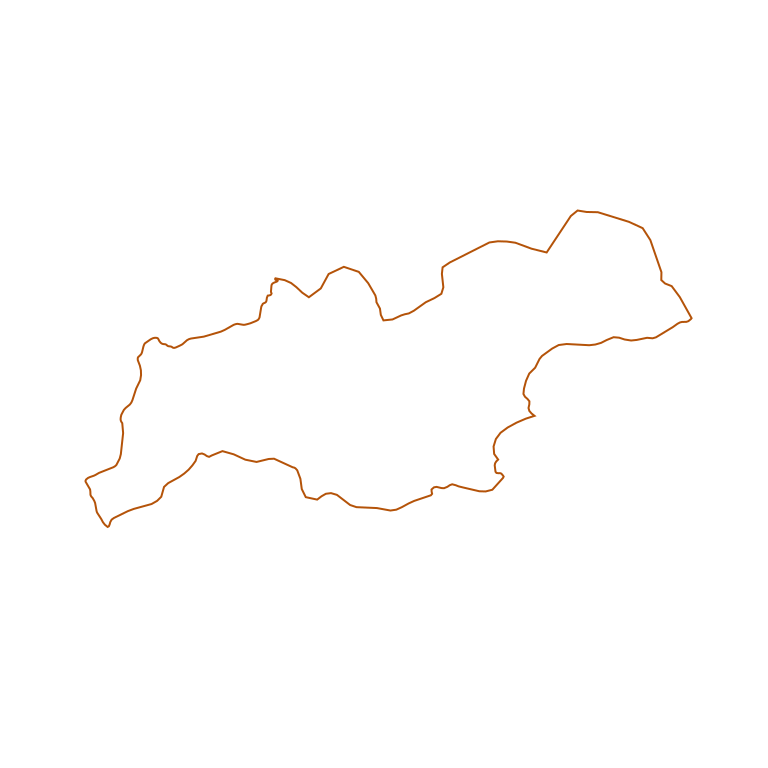 the border of Cuvette-Ouest, rotated 254°
{"feature_id": "COG-2185", "entity_name": "Cuvette-Ouest", "entity_type": "Region", "adm_level": 1, "iso_a3": "COG", "parent_name": "Republic of the Congo", "parent_adm1": "", "projection": "equal_earth", "projection_center": [14.65, 0.103], "detail": "fine", "context": "isolated", "style": "outline", "palette": "amber", "viewbox_px": 768, "rotation_deg": 254, "n_neighbors": 0, "source": "natural_earth", "source_scale": "10m", "svg_char_len": 3774}
<svg xmlns="http://www.w3.org/2000/svg" viewBox="0 0 768 768"><g transform="rotate(254 384 384)"><path d="M315.9,277.5L325.0,276.8L327.4,275.6L328.4,274.6L329.1,273.3L342.5,257.7L343.7,252.5L344.2,240.0L349.5,229.8L357.8,220.2L364.0,210.2L362.8,198.8L362.2,195.8L363.5,193.9L365.7,192.1L367.4,189.9L367.7,186.5L366.3,184.6L362.0,181.7L358.6,177.4L355.5,172.6L353.0,167.3L351.0,161.6L348.2,149.2L345.7,144.2L337.0,138.8L334.2,133.7L332.7,127.5L332.9,109.1L332.4,102.8L329.7,87.6L328.7,84.8L326.7,82.8L324.7,81.6L323.1,80.3L322.8,78.9L325.7,76.9L328.7,75.7L332.1,75.0L339.0,72.9L340.0,72.7L341.2,72.7L349.2,73.5L351.4,73.3L354.7,72.5L356.3,71.7L357.3,71.4L358.4,71.3L361.6,72.1L363.7,72.4L372.4,70.2L373.4,70.5L374.3,71.3L375.3,73.6L375.6,75.7L375.8,79.7L376.1,81.6L377.1,85.5L378.6,100.9L379.1,102.8L379.9,104.4L385.2,109.4L389.1,111.7L408.7,119.7L418.5,121.6L420.0,121.1L421.3,120.9L422.8,121.1L424.6,121.8L426.8,123.0L430.8,126.8L432.2,129.1L434.3,134.0L435.8,136.0L437.8,137.7L447.9,144.5L454.8,150.7L459.5,152.9L464.2,154.1L468.9,154.4L474.8,153.9L476.1,154.2L477.4,154.8L479.4,158.5L480.1,159.3L481.3,160.2L486.4,163.1L487.9,164.2L488.8,165.1L489.0,165.4L491.3,172.1L491.7,174.4L491.7,175.1L491.6,176.3L491.3,177.4L490.9,178.4L490.2,179.2L489.2,179.5L487.1,179.9L485.2,180.7L484.4,181.3L483.7,182.0L483.2,182.9L482.5,184.7L482.1,185.2L481.5,185.8L480.8,186.1L480.2,186.6L479.8,187.1L478.9,189.2L478.4,190.0L477.1,191.1L476.7,191.8L476.5,192.6L476.5,193.9L477.1,198.0L477.6,200.6L478.0,201.7L480.4,206.7L480.9,209.0L480.9,211.0L479.2,223.8L479.3,241.6L479.9,245.8L482.3,255.8L482.4,257.2L482.4,258.6L482.2,259.8L479.8,264.8L479.5,265.6L479.4,266.2L479.3,266.8L479.2,269.3L479.2,272.3L479.8,278.1L480.1,279.5L480.4,280.6L481.2,281.7L482.3,282.7L491.8,287.2L492.6,287.7L493.3,288.5L494.5,289.6L494.8,290.8L494.9,291.9L495.3,293.0L496.3,293.9L499.2,295.2L501.0,296.6L500.8,298.1L500.8,299.3L501.2,300.2L502.1,300.9L503.7,300.7L509.5,302.9L510.5,303.5L511.2,304.4L511.6,305.5L511.8,306.9L511.9,308.4L512.1,309.6L512.5,310.2L513.4,309.5L513.9,308.6L514.4,308.3L515.0,308.3L515.5,308.8L511.2,317.2L506.7,322.5L501.2,326.5L494.3,330.6L488.1,335.7L493.3,349.6L505.0,361.1L507.7,377.7L498.7,390.7L485.3,396.6L471.5,400.1L468.1,400.0L464.7,399.3L457.6,400.9L451.3,400.0L445.3,401.0L443.7,410.0L445.2,419.4L445.3,423.3L445.0,427.3L446.2,432.9L451.1,446.7L452.7,456.2L454.9,464.0L460.6,467.7L473.9,470.0L480.0,472.5L482.7,480.8L491.0,524.3L489.8,532.8L487.1,541.3L483.6,549.2L473.4,563.1L465.6,576.6L494.0,609.9L497.4,617.9L493.5,626.2L490.2,636.9L472.4,664.1L462.5,675.6L448.9,679.7L415.0,681.5L407.5,679.2L403.1,681.9L398.8,687.5L386.0,692.3L362.5,697.8L361.8,696.9L360.5,693.9L360.4,691.8L361.5,687.6L361.6,685.5L361.0,682.7L359.1,677.4L353.9,658.3L353.9,654.8L355.9,649.6L356.7,639.1L357.7,633.5L360.5,627.5L363.7,622.8L365.7,617.6L364.9,610.2L363.7,604.0L363.7,598.0L364.7,592.0L372.1,570.6L373.3,562.7L371.7,555.4L367.4,543.6L365.2,540.4L358.0,533.8L354.0,526.5L347.9,521.4L341.0,517.3L336.0,515.3L332.9,516.0L330.1,517.8L327.3,519.0L324.4,518.1L321.1,516.3L318.0,516.3L315.0,517.7L311.9,519.9L311.6,510.8L310.3,500.7L308.1,490.9L305.0,482.6L300.3,476.4L293.7,472.1L286.4,470.6L279.9,472.9L278.6,470.5L277.1,468.9L275.3,468.0L268.9,467.0L267.5,467.6L266.8,469.2L266.3,471.0L265.5,472.1L263.1,473.2L262.0,473.5L260.9,472.5L252.5,459.0L252.7,452.1L254.6,446.1L262.8,431.4L265.1,427.4L266.9,425.1L268.8,421.9L268.6,419.3L267.7,416.6L267.3,413.0L268.1,410.6L270.6,406.2L270.9,403.6L269.5,400.6L267.3,400.1L265.2,400.0L264.1,398.4L263.3,380.8L262.4,374.8L260.7,367.3L259.8,361.2L260.6,355.3L266.7,343.0L273.2,323.6L277.0,318.1L290.4,308.2L293.7,303.0L294.5,297.9L293.3,293.0L291.3,287.9L296.8,277.6L305.7,276.0L315.9,277.5Z" fill="none" stroke="#b45309" stroke-width="2"/></g></svg>